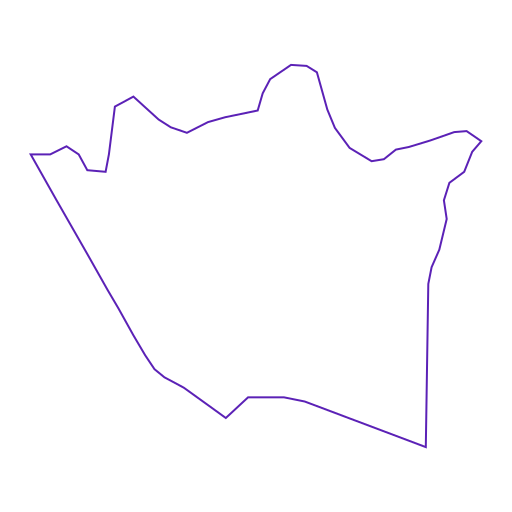 Lagoa de Itaenga, Pernambuco, Brazil
{"feature_id": "56859067B83108887240986", "entity_name": "Lagoa de Itaenga", "entity_type": "district", "adm_level": 2, "iso_a3": "BRA", "parent_name": "Brazil", "parent_adm1": "Pernambuco", "projection": "equal_earth", "projection_center": [-35.295, -7.91], "detail": "fine", "context": "isolated", "style": "outline", "palette": "violet", "viewbox_px": 512, "rotation_deg": 0, "n_neighbors": 0, "source": "geoboundaries", "source_scale": "gbopen_adm2", "svg_char_len": 785}
<svg xmlns="http://www.w3.org/2000/svg" viewBox="0 0 512 512"><path d="M291.0,64.9L270.2,79.1L262.7,93.3L257.7,110.5L225.3,117.2L208.0,122.1L186.9,132.8L170.8,127.3L158.6,119.5L133.4,96.6L114.9,106.6L108.9,154.4L105.6,171.8L87.3,170.2L78.7,154.4L66.5,146.3L50.2,154.4L30.7,154.4L56.4,200.0L87.8,254.9L107.5,289.8L118.5,308.5L133.4,335.3L145.2,355.3L154.5,369.2L164.4,377.3L183.8,387.7L206.6,404.1L225.8,418.0L248.1,397.3L266.3,397.3L283.8,397.3L304.7,401.5L425.8,447.1L428.3,283.9L431.6,267.2L439.3,249.7L446.7,219.0L443.9,200.3L449.4,182.8L464.2,171.8L472.2,151.8L481.3,141.2L466.6,131.1L454.2,132.1L430.2,140.5L408.8,147.0L395.9,149.6L383.9,159.2L371.6,161.2L349.6,147.9L334.9,127.9L327.3,109.5L316.9,72.3L306.6,65.9L291.0,64.9Z" fill="none" stroke="#5b21b6" stroke-width="2"/></svg>